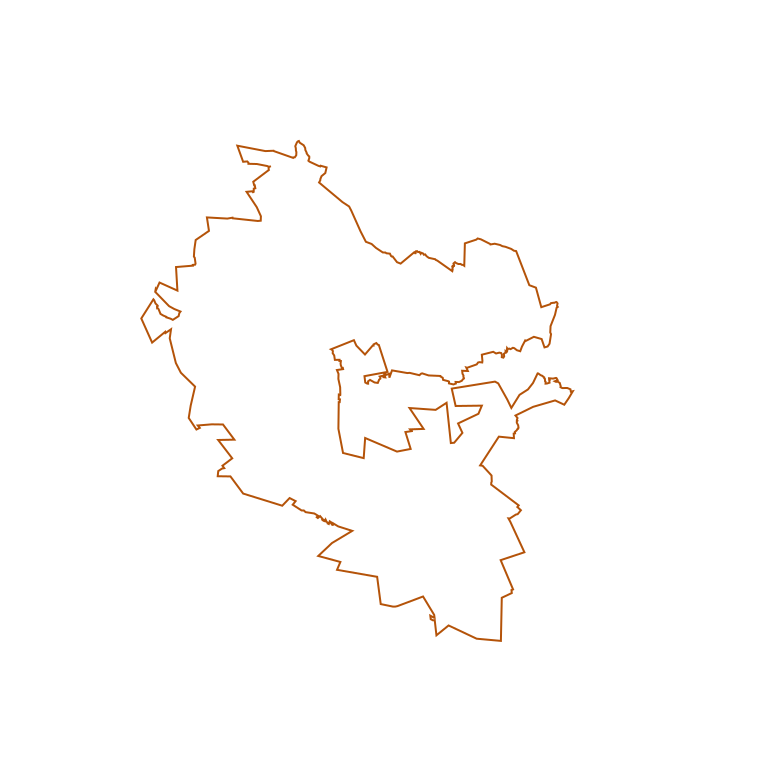 outline of Rioverde, San Luis Potosí, Mexico, rotated 148°
{"feature_id": "50627088B85408254455405", "entity_name": "Rioverde", "entity_type": "district", "adm_level": 2, "iso_a3": "MEX", "parent_name": "Mexico", "parent_adm1": "San Luis Potosí", "projection": "robinson", "projection_center": [-100.13, 21.98], "detail": "fine", "context": "isolated", "style": "outline", "palette": "amber", "viewbox_px": 768, "rotation_deg": 148, "n_neighbors": 0, "source": "geoboundaries", "source_scale": "gbopen_adm2", "svg_char_len": 6166}
<svg xmlns="http://www.w3.org/2000/svg" viewBox="0 0 768 768"><g transform="rotate(148 384 384)"><path d="M382.1,663.8L385.7,647.1L382.0,645.2L381.7,643.6L382.3,642.6L375.2,637.9L367.6,630.8L366.3,629.0L364.5,628.7L367.0,629.0L368.1,627.0L368.0,626.7L367.4,626.6L387.7,624.8L388.8,621.3L388.3,621.0L389.4,618.2L390.9,618.7L392.7,616.0L393.5,616.1L393.7,617.3L398.7,619.8L398.2,601.4L399.5,591.5L402.0,587.8L404.6,589.1L424.5,604.7L424.3,605.3L429.2,607.3L445.9,619.1L451.3,606.6L467.4,605.9L473.4,598.8L477.7,592.8L477.6,591.4L480.0,586.0L480.9,585.3L483.0,586.3L483.3,585.6L498.4,593.4L509.7,572.7L520.6,589.0L527.2,584.6L527.2,585.6L529.2,583.4L525.0,563.9L522.1,558.7L518.2,553.3L520.0,552.6L522.2,550.4L529.1,550.3L530.4,552.5L533.3,555.9L533.0,556.3L534.9,559.0L536.4,561.9L535.5,566.9L535.8,568.7L536.1,568.7L535.5,569.9L534.6,570.0L534.4,570.3L535.1,573.4L534.5,576.9L534.7,578.0L555.1,568.2L558.7,542.0L541.9,544.2L542.3,543.0L535.6,543.3L541.5,536.3L549.4,512.1L550.3,501.2L545.6,481.9L559.4,468.1L567.6,458.7L567.2,444.8L563.5,444.4L563.9,447.5L551.5,441.1L542.0,435.0L540.4,416.1L554.3,424.4L552.1,401.4L564.3,400.3L564.1,397.3L566.2,398.1L570.7,398.0L573.9,393.9L563.2,387.0L561.5,365.7L534.8,334.7L524.5,337.3L521.0,331.5L525.4,330.0L520.9,320.4L519.0,319.2L518.4,316.9L511.7,311.1L509.8,307.3L511.6,306.7L511.1,305.4L508.2,305.8L507.6,302.0L508.1,301.8L507.7,301.0L508.1,300.9L507.9,300.4L507.2,300.4L506.8,299.6L506.0,300.1L505.7,299.9L506.9,299.0L506.6,298.7L505.5,299.7L505.7,297.6L505.3,296.3L505.7,295.6L505.0,294.5L502.8,296.3L502.1,294.7L502.6,294.7L502.7,294.1L502.5,291.9L501.7,291.6L500.9,292.7L498.3,287.5L488.8,276.3L512.4,276.7L530.9,273.0L515.3,256.2L522.3,251.3L492.0,224.1L503.4,199.1L494.4,190.5L492.5,189.3L490.3,188.5L463.5,183.1L463.8,161.6L464.9,159.2L465.2,159.7L465.5,159.5L467.5,163.0L469.0,159.8L467.7,157.6L466.1,156.9L472.7,143.1L457.2,145.0L440.4,118.9L421.0,104.2L397.4,140.3L386.4,139.0L385.1,141.7L383.4,141.4L378.4,172.8L354.1,166.9L349.9,200.1L349.7,204.1L348.6,203.3L341.4,203.4L339.6,202.8L334.8,204.4L336.1,209.0L334.1,209.7L346.4,241.9L345.3,243.5L344.3,244.2L341.3,249.4L343.7,262.4L345.6,264.0L314.5,278.5L302.5,269.2L300.3,273.2L299.0,272.7L298.5,274.0L296.0,274.4L294.3,275.3L293.9,275.0L293.1,275.6L292.1,277.9L291.9,280.8L291.2,281.9L290.4,282.1L290.6,282.8L290.3,283.2L288.8,284.4L289.2,287.6L269.6,285.6L247.6,279.4L242.1,270.9L234.6,274.2L227.7,277.8L229.6,278.5L228.7,280.7L230.7,283.5L235.0,286.1L236.0,287.8L235.3,288.5L234.4,291.8L235.6,294.2L236.0,294.6L236.5,294.4L237.1,294.8L237.7,295.8L234.7,295.3L234.6,297.6L234.9,298.0L237.8,299.0L241.0,301.4L241.4,300.6L240.9,300.2L241.3,299.6L241.8,299.8L242.9,297.4L245.4,298.0L246.8,298.7L245.8,300.1L246.0,300.8L244.8,303.2L245.1,303.9L244.6,304.7L245.4,306.5L245.3,306.9L246.5,308.5L247.6,311.2L248.1,311.6L257.1,305.9L264.8,303.1L274.8,303.0L288.7,296.2L287.7,305.5L286.8,324.0L288.6,327.2L329.0,344.2L334.9,327.4L312.5,313.8L319.7,308.7L342.1,311.3L343.4,301.0L355.6,297.0L358.6,298.5L340.9,334.9L353.9,334.7L375.1,350.1L374.2,324.9L385.9,331.7L385.7,330.3L385.1,329.8L385.3,329.3L391.3,331.9L395.8,314.8L408.8,319.8L428.6,348.2L440.5,331.9L455.3,347.2L446.4,370.2L432.0,392.6L431.2,392.1L429.5,394.3L430.5,395.1L427.9,399.0L426.9,397.9L426.5,398.4L422.9,404.5L420.0,412.5L417.2,416.7L416.5,420.8L410.8,418.3L410.4,419.5L411.2,419.9L410.7,422.8L409.9,424.5L408.4,426.3L409.6,427.2L408.9,428.1L412.9,430.5L411.1,434.6L411.2,437.3L409.9,439.0L409.9,440.4L410.5,441.5L386.3,437.1L387.1,431.2L384.5,419.1L373.2,422.6L372.5,422.1L371.8,423.1L368.8,422.8L368.5,420.8L367.7,419.8L374.6,392.4L396.4,401.0L399.1,395.2L398.0,393.2L397.3,392.7L396.1,394.7L393.7,394.9L391.2,390.3L388.7,388.2L385.8,390.3L384.2,390.5L383.5,391.8L383.6,392.6L380.5,391.6L380.9,390.1L379.4,388.9L378.3,393.4L378.0,393.2L378.5,391.0L378.2,390.9L377.9,392.3L377.4,391.4L377.5,390.7L377.2,390.6L377.1,391.0L376.2,390.4L374.2,389.9L376.1,386.5L370.0,391.3L358.4,380.9L356.4,379.9L349.3,372.7L347.1,373.1L346.0,372.8L341.6,367.6L332.3,361.2L331.9,360.9L332.1,360.4L330.9,358.2L331.7,356.2L328.0,352.3L327.6,351.6L328.6,350.1L325.3,346.8L322.8,346.3L322.2,347.8L319.4,345.9L316.2,345.5L314.7,346.2L313.6,346.2L313.1,346.5L312.9,348.0L312.1,349.1L312.0,351.1L310.7,353.8L306.0,350.6L305.5,354.4L304.9,353.7L295.0,351.5L292.8,352.4L291.4,351.9L289.3,350.2L288.3,351.4L285.5,357.0L274.3,353.4L272.8,350.5L269.6,349.5L268.2,348.1L268.5,346.3L269.9,344.3L268.8,343.1L267.5,343.7L266.3,346.1L264.3,346.2L263.6,347.3L263.3,346.0L262.5,346.3L261.8,346.9L261.7,347.8L260.6,349.2L260.5,348.0L259.1,347.7L258.2,346.5L255.5,346.4L254.5,345.3L253.4,342.2L251.1,339.6L247.2,342.6L241.2,346.1L241.0,345.4L231.9,344.6L226.5,338.6L228.5,330.0L225.4,329.1L222.3,330.4L215.9,337.8L215.7,339.6L212.1,344.8L202.4,352.0L197.2,357.2L195.8,357.3L195.9,358.5L194.1,360.4L194.2,361.8L194.5,362.3L196.8,362.7L197.2,363.1L199.6,364.1L201.0,363.6L209.9,365.8L204.1,385.2L208.4,390.8L201.5,426.7L203.2,428.2L204.5,431.1L208.3,436.0L210.6,438.2L211.9,440.4L215.8,444.3L219.7,445.9L219.6,446.2L225.2,455.4L227.5,457.8L229.1,457.5L240.9,460.4L253.3,441.7L253.9,443.1L255.0,444.0L255.4,445.2L257.3,446.3L258.8,448.4L259.2,449.7L261.2,449.4L261.6,447.5L262.1,447.0L263.1,447.8L263.7,447.6L264.0,447.3L263.7,446.5L265.0,445.4L265.1,444.7L266.3,443.5L273.4,460.4L274.4,461.9L274.4,462.6L279.2,467.3L280.2,469.9L280.4,472.1L281.7,472.5L281.7,474.0L282.9,475.6L283.9,475.0L283.9,477.2L285.2,477.8L285.5,479.1L286.6,479.6L287.9,478.2L288.3,478.4L288.5,479.7L306.1,477.3L308.4,480.4L309.1,487.6L309.9,488.0L310.2,489.0L309.9,491.4L312.7,493.6L313.1,494.7L315.3,496.2L318.7,503.7L320.3,509.3L324.0,514.2L323.0,525.9L319.9,548.2L319.5,553.0L322.8,560.2L332.3,589.3L330.1,590.5L329.4,591.5L326.8,593.4L322.0,594.0L317.9,598.1L322.1,602.7L322.7,602.3L323.9,603.6L329.4,612.1L329.8,613.4L327.6,615.2L326.8,616.6L327.2,617.7L327.4,620.5L327.0,621.2L326.7,624.1L325.8,625.9L325.6,629.0L327.6,633.3L327.4,635.2L328.2,635.4L329.7,635.1L333.2,632.7L333.8,630.8L335.0,628.6L335.4,627.1L337.2,624.5L339.6,623.5L340.9,624.3L341.3,624.0L354.0,639.9L354.0,640.3L361.2,644.4L382.1,663.8Z" fill="none" stroke="#b45309" stroke-width="2"/></g></svg>